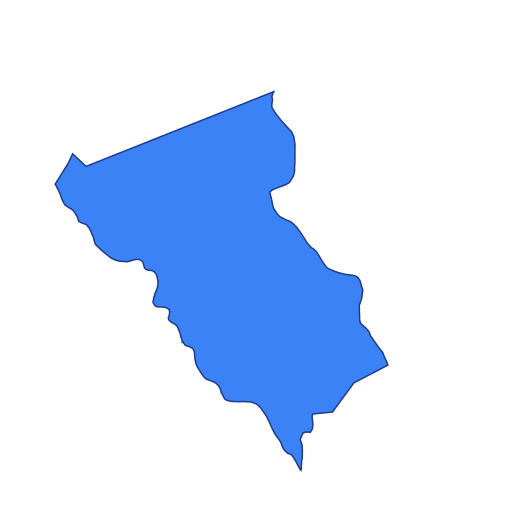 outline of Giraud, Choiseul, Saint Lucia, rotated 321°
{"feature_id": "8701671B87129820959835", "entity_name": "Giraud", "entity_type": "district", "adm_level": 2, "iso_a3": "LCA", "parent_name": "Saint Lucia", "parent_adm1": "Choiseul", "projection": "robinson", "projection_center": [-61.009, 13.792], "detail": "fine", "context": "isolated", "style": "filled", "palette": "blue", "viewbox_px": 512, "rotation_deg": 321, "n_neighbors": 0, "source": "geoboundaries", "source_scale": "gbopen_adm2", "svg_char_len": 4296}
<svg xmlns="http://www.w3.org/2000/svg" viewBox="0 0 512 512"><g transform="rotate(321 256 256)"><path d="M156.1,450.8L157.3,449.8L157.8,449.2L158.2,448.8L159.1,447.6L159.3,447.4L160.8,445.9L162.4,444.1L163.2,443.4L164.1,442.8L165.0,441.9L166.9,439.6L170.2,435.7L171.1,434.2L172.6,432.3L173.1,431.2L175.0,426.3L178.2,424.6L181.1,423.2L183.5,423.9L184.1,424.4L185.4,425.5L186.6,426.3L187.4,427.2L188.2,426.9L189.8,426.4L191.1,425.7L191.8,425.0L193.3,423.7L194.0,423.0L194.7,422.0L195.8,420.4L198.8,415.7L200.7,414.5L217.3,425.4L218.3,425.1L252.3,416.2L289.8,423.8L290.9,420.8L292.2,415.4L293.8,410.7L293.7,405.9L294.2,398.4L294.5,394.4L294.8,390.2L296.1,386.2L296.1,381.7L295.5,377.9L294.9,374.0L295.8,372.0L296.2,371.0L297.7,369.2L299.0,367.5L301.8,363.6L302.8,362.5L304.7,359.8L306.5,358.5L307.6,357.9L309.4,356.6L311.3,355.6L315.7,351.4L317.5,349.7L317.8,349.1L319.6,344.5L320.5,342.7L321.2,340.6L321.5,339.2L321.6,336.7L321.2,335.3L320.8,334.4L320.6,334.2L320.3,333.7L319.0,331.7L318.8,331.6L317.5,330.3L315.7,328.4L315.1,327.9L313.9,326.4L313.3,325.7L309.5,320.7L309.2,320.2L307.5,317.3L306.8,316.1L305.2,313.2L304.3,311.3L304.1,310.5L303.7,309.3L303.8,306.8L303.9,304.4L303.9,304.1L304.1,303.0L304.2,301.2L304.5,299.2L305.1,295.5L305.4,293.0L305.7,290.7L305.1,286.6L304.5,285.1L304.0,281.6L304.0,280.0L304.0,278.7L304.2,276.2L304.3,275.8L304.9,269.9L305.3,266.6L305.6,261.3L305.7,259.0L305.2,254.8L304.6,251.8L304.4,250.7L302.0,246.7L301.2,244.8L300.1,242.2L299.6,241.2L299.4,240.6L299.1,238.8L299.0,237.6L299.0,237.3L299.1,235.5L299.4,232.9L299.4,232.5L299.7,230.1L301.3,226.2L301.9,225.3L302.1,224.9L303.0,223.1L303.3,222.6L303.4,222.3L303.7,221.9L303.8,221.6L304.4,220.3L306.0,216.9L306.6,215.5L306.8,215.0L310.0,214.9L313.0,215.6L323.7,219.2L327.8,219.9L329.7,219.4L330.1,219.3L332.0,218.6L335.3,217.4L339.8,214.0L340.1,213.5L341.3,211.9L344.6,208.3L346.0,206.7L348.6,203.5L351.5,199.9L353.5,197.5L356.8,193.5L360.6,186.7L361.5,183.0L361.8,181.6L361.5,178.2L361.3,174.3L360.8,165.9L360.9,162.5L361.0,157.4L361.7,151.4L361.8,150.8L362.2,150.2L363.3,148.5L367.1,145.1L368.9,141.7L369.4,141.6L370.2,141.2L371.7,139.8L373.1,139.8L373.4,139.5L372.8,139.3L180.3,79.4L177.8,61.2L168.3,65.8L145.1,73.8L145.0,75.0L144.6,76.7L144.2,78.9L143.8,80.6L143.3,82.8L142.6,85.2L141.4,88.4L140.6,91.1L140.1,93.1L139.7,95.5L140.1,97.8L141.6,102.3L141.8,102.5L142.6,105.7L142.5,108.1L141.9,112.3L141.5,113.8L140.6,115.7L140.1,117.5L140.2,118.1L141.1,120.1L142.2,121.8L143.9,125.0L143.9,127.6L143.9,128.8L143.7,130.7L143.3,132.5L142.6,134.9L142.0,137.0L141.4,139.1L140.8,140.3L139.4,143.5L138.7,145.1L138.6,147.1L139.1,150.5L139.8,156.1L140.5,158.8L141.5,163.6L141.8,165.3L142.7,167.9L143.4,169.1L144.2,170.7L146.4,173.9L149.5,176.8L152.5,179.6L159.2,182.4L161.7,183.9L162.6,184.7L163.3,185.6L164.2,188.3L164.2,189.9L163.4,191.6L162.5,193.4L162.0,195.0L161.9,196.8L162.6,198.3L163.8,199.6L164.6,200.5L165.9,201.8L166.9,203.8L167.0,206.4L166.9,207.8L165.7,210.5L163.8,214.0L161.6,216.8L158.5,219.1L154.7,221.2L150.7,223.8L148.7,225.5L146.9,227.0L146.4,228.8L146.3,231.0L146.7,232.2L147.6,233.8L148.2,234.2L149.8,235.4L150.7,236.4L151.7,237.4L152.9,238.4L154.1,240.4L154.7,243.6L152.5,246.5L151.1,247.5L148.8,249.0L148.1,250.8L148.2,252.7L148.5,253.8L149.3,256.2L149.7,257.3L150.3,258.6L150.5,260.5L149.8,263.8L149.0,266.3L148.2,268.7L146.8,271.3L146.2,273.3L145.8,274.4L144.4,276.6L145.2,276.8L144.9,277.9L144.9,281.0L146.0,283.0L147.2,284.5L148.6,288.1L148.6,289.0L147.6,292.2L146.2,294.0L144.4,296.5L142.7,299.7L141.2,302.7L140.4,306.7L140.0,309.7L139.4,316.1L139.4,317.2L139.8,320.1L140.3,321.1L141.9,323.8L144.2,327.7L144.9,330.2L145.2,333.0L144.5,337.5L142.9,340.3L142.7,343.1L142.2,344.9L141.7,347.4L142.1,348.8L143.0,350.5L145.8,354.0L146.7,354.6L150.2,357.8L153.2,360.1L155.2,361.7L156.7,363.1L158.7,364.8L160.3,366.4L162.0,369.0L162.2,369.4L163.3,371.6L163.6,372.7L163.9,375.3L164.0,378.1L163.8,380.3L163.5,385.0L163.1,388.4L162.5,390.4L161.8,394.1L160.8,397.0L160.1,399.6L159.5,402.6L159.0,404.6L158.8,406.1L158.5,409.1L158.3,413.8L158.1,415.8L157.6,417.6L157.0,419.1L156.5,420.6L156.0,423.1L155.8,425.5L156.4,428.6L156.4,429.3L158.3,432.2L158.4,433.4L158.4,435.9L158.0,438.7L157.8,440.4L157.3,442.6L156.5,446.8L156.1,449.0L156.1,450.8Z" fill="#3b82f6" stroke="#1e3a8a" stroke-width="1.5"/></g></svg>